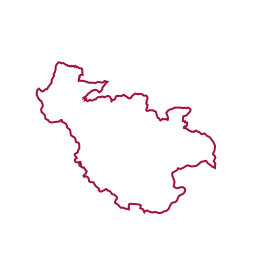 outline of Barzava, Arad, Romania, rotated 241°
{"feature_id": "2599482B44440142335620", "entity_name": "Barzava", "entity_type": "district", "adm_level": 2, "iso_a3": "ROU", "parent_name": "Romania", "parent_adm1": "Arad", "projection": "mercator", "projection_center": [22.115, 46.112], "detail": "fine", "context": "isolated", "style": "outline", "palette": "rose", "viewbox_px": 256, "rotation_deg": 241, "n_neighbors": 0, "source": "geoboundaries", "source_scale": "gbopen_adm2", "svg_char_len": 5847}
<svg xmlns="http://www.w3.org/2000/svg" viewBox="0 0 256 256"><g transform="rotate(241 128 128)"><path d="M112.8,191.0L114.3,191.7L116.8,190.4L116.8,189.1L118.2,187.4L119.0,185.1L119.9,184.6L122.4,180.2L123.3,178.2L123.2,176.1L123.9,173.7L123.9,172.6L123.5,170.5L123.1,170.0L122.9,169.1L122.3,168.7L117.4,168.1L115.8,166.6L115.9,166.4L117.5,165.8L117.7,165.5L117.9,164.0L119.2,162.7L119.3,162.3L119.0,161.6L118.7,160.3L118.8,160.1L119.9,159.8L121.1,159.9L121.7,159.6L122.1,159.1L122.9,158.9L124.1,159.3L125.1,159.3L128.6,160.3L129.1,160.1L130.5,158.8L131.2,158.5L131.8,157.8L133.2,155.2L133.1,154.2L133.6,153.1L133.9,152.8L134.7,152.6L135.5,153.1L136.0,153.6L136.3,154.5L136.5,154.7L137.5,155.0L138.5,156.3L140.0,155.8L140.7,155.9L141.3,156.9L142.3,157.1L142.7,157.4L144.2,159.3L146.0,160.0L147.2,159.8L147.7,159.4L148.4,157.8L149.2,157.1L149.7,157.2L151.6,155.9L152.0,154.6L152.7,153.8L152.7,153.0L154.6,150.9L154.5,149.4L153.7,146.3L152.9,145.1L152.9,144.2L153.6,143.5L153.8,142.8L155.4,142.4L158.0,140.8L158.7,140.7L159.2,139.7L159.0,138.3L159.3,137.4L160.5,135.7L160.8,134.5L161.3,134.3L161.6,133.4L161.3,132.8L159.5,130.4L159.6,129.3L159.9,128.5L159.4,126.6L160.4,126.9L161.0,127.6L162.2,127.2L163.7,127.4L165.6,126.3L165.9,125.4L166.4,122.1L168.1,120.9L168.3,118.6L169.3,117.5L169.5,116.4L169.2,114.8L168.6,113.6L169.2,112.7L169.5,111.7L169.2,110.8L169.4,110.0L170.0,109.0L170.9,108.5L171.1,108.0L170.8,106.1L171.1,106.5L171.1,106.0L171.6,106.0L171.9,105.5L172.0,105.1L172.8,105.0L173.1,104.7L173.2,104.0L174.0,105.2L174.2,104.7L174.4,104.9L174.4,105.2L174.6,105.1L174.9,104.3L175.3,104.4L175.4,104.0L175.6,104.3L175.6,103.7L176.0,103.6L176.1,104.7L175.9,105.4L176.7,108.7L177.1,109.0L177.8,113.5L178.0,113.6L177.8,114.8L178.0,115.9L177.4,116.6L177.3,117.7L177.1,118.3L175.5,119.5L173.7,119.8L173.2,120.4L173.2,121.2L173.5,122.2L173.5,122.6L174.5,124.3L175.6,125.2L176.1,125.9L176.3,126.9L177.3,128.7L177.6,130.0L178.2,131.3L178.4,132.4L180.5,130.2L180.0,129.4L180.0,128.3L180.4,127.1L182.8,124.1L183.3,120.8L184.5,119.6L185.2,118.0L185.9,117.3L186.2,116.1L186.8,115.7L187.3,115.0L188.3,114.5L190.0,112.5L190.8,112.0L191.6,110.3L192.9,108.9L193.1,107.8L194.2,108.5L194.0,108.8L194.3,108.8L194.2,108.6L195.9,109.9L196.1,110.1L196.1,110.4L196.3,110.3L197.2,110.9L197.3,111.3L197.3,111.9L197.4,112.4L197.1,113.3L196.5,114.1L198.9,115.0L200.4,116.0L202.6,116.4L203.7,114.7L204.6,113.9L205.8,113.5L206.4,112.4L207.8,112.2L207.5,110.8L208.8,110.4L209.0,109.4L209.8,108.6L209.7,107.4L210.6,107.1L211.4,105.6L212.7,105.3L213.3,104.3L214.7,103.8L216.3,102.8L216.8,101.2L218.1,100.5L218.2,100.0L218.9,99.6L219.1,99.1L219.0,98.3L217.4,95.1L213.5,92.4L212.7,91.3L211.9,90.7L211.3,89.2L210.2,88.7L209.5,88.7L207.5,85.2L206.7,84.4L205.5,83.7L204.5,82.8L202.4,77.9L201.2,76.2L201.1,75.8L201.9,75.0L201.7,74.1L201.7,73.5L201.2,71.5L201.3,71.1L202.2,70.1L203.2,70.0L205.7,69.1L205.8,68.9L205.3,68.1L205.3,67.1L203.7,66.0L202.7,65.0L201.2,64.2L199.6,64.2L197.3,63.9L195.9,64.5L195.1,64.2L193.5,65.2L189.6,64.7L188.0,63.7L186.9,61.5L186.6,61.1L185.2,60.7L184.0,60.1L182.8,60.7L180.8,61.1L180.4,61.4L178.9,61.2L176.2,60.3L175.8,60.7L174.6,61.2L173.8,61.9L172.7,61.9L171.4,62.4L170.0,63.6L169.4,65.2L169.0,65.9L168.8,66.8L167.1,70.8L167.5,73.4L167.2,73.8L166.8,73.9L165.4,73.3L164.0,74.5L161.6,75.8L159.3,75.7L158.7,75.2L158.2,75.0L157.6,75.1L155.2,76.2L154.2,76.4L152.3,75.6L149.0,74.6L148.3,75.2L146.9,75.8L145.6,76.7L144.1,76.7L141.9,75.9L141.0,75.9L140.4,76.0L140.0,77.0L139.3,77.4L138.2,77.6L136.7,77.1L133.6,75.4L132.6,73.4L131.9,72.7L131.3,72.6L131.0,71.7L130.9,70.9L131.1,69.8L131.0,68.8L130.0,68.2L126.6,68.7L126.3,66.7L125.7,65.8L125.2,65.6L124.7,65.8L123.6,65.6L121.8,68.1L121.7,69.5L121.4,69.9L119.4,69.3L119.5,69.0L119.8,68.9L119.6,68.7L120.4,68.7L119.9,68.7L120.0,68.4L119.6,68.4L120.4,68.2L120.5,68.0L120.0,67.9L119.3,68.4L118.8,67.8L119.0,67.5L118.8,67.4L118.7,67.6L117.7,67.8L117.1,68.2L117.2,68.6L116.5,68.5L115.9,68.8L115.4,69.1L115.2,69.7L114.6,70.4L113.8,70.1L112.8,70.5L111.8,70.4L110.1,70.9L108.6,68.9L107.9,66.0L106.7,65.9L105.8,68.2L103.9,69.1L102.1,68.9L100.5,68.2L99.7,68.3L98.6,69.3L97.6,71.0L96.8,71.6L95.7,71.4L94.2,71.6L93.1,71.5L88.9,73.2L87.8,72.3L86.0,72.8L85.6,73.2L85.5,73.6L85.1,76.6L85.3,79.0L85.1,79.5L82.9,80.1L82.2,81.0L81.3,81.6L77.7,82.1L77.0,83.1L76.6,83.5L74.1,84.6L72.3,84.7L71.6,84.3L71.1,82.7L70.1,81.5L69.8,80.8L68.5,80.4L66.4,81.9L62.0,82.9L61.3,83.8L60.8,85.0L58.3,86.9L57.4,88.9L56.6,88.9L56.4,89.3L57.8,90.2L59.2,90.7L60.6,91.9L60.9,92.4L60.6,93.5L59.1,95.3L58.6,96.6L55.5,100.8L55.0,101.3L54.0,101.6L53.0,100.9L52.0,99.8L49.3,101.9L48.0,101.4L46.4,101.5L47.0,102.4L46.6,104.7L44.0,106.5L42.4,108.3L41.1,111.6L38.8,113.4L37.5,116.5L37.8,118.4L36.9,121.0L37.3,123.6L37.7,124.7L38.8,125.9L40.7,128.7L41.1,130.0L41.0,131.0L40.3,133.4L40.9,135.9L42.4,137.5L43.9,139.7L44.0,140.9L43.7,143.2L43.8,144.5L44.1,145.9L45.1,146.8L45.7,147.7L46.7,148.1L48.2,148.1L49.5,147.4L50.6,145.7L50.9,144.3L51.0,142.9L51.9,141.2L54.1,139.8L55.1,139.8L58.3,142.6L64.8,143.7L66.8,144.5L67.4,145.4L67.3,149.2L67.7,151.5L68.5,152.0L66.6,154.5L66.4,157.1L66.6,161.1L66.5,162.0L63.5,165.0L62.0,168.6L61.8,170.7L62.9,175.6L61.5,180.3L57.7,181.0L55.8,182.1L53.1,183.0L52.3,183.8L50.8,184.7L51.1,185.0L53.0,185.7L54.2,187.0L55.1,187.2L57.4,186.9L59.8,190.1L61.7,190.3L63.4,189.6L64.1,189.8L64.8,190.5L65.7,192.1L68.4,194.3L69.6,195.1L71.0,195.6L73.6,195.9L79.7,195.2L81.7,194.2L83.0,193.1L84.9,192.8L86.1,192.2L86.4,191.9L86.5,190.6L86.9,189.3L89.9,188.3L91.0,187.1L92.6,186.4L93.0,184.8L92.5,184.2L92.6,183.7L93.4,182.8L94.0,181.7L94.7,181.4L96.2,180.2L99.5,178.7L100.6,177.0L101.1,176.9L101.6,177.2L102.0,178.4L101.6,178.9L101.4,179.5L101.7,180.8L104.1,182.4L105.2,180.6L106.2,181.2L107.5,179.3L111.4,181.9L110.7,185.4L110.7,186.1L111.5,187.2L111.9,189.4L112.4,190.1L112.8,191.0Z" fill="none" stroke="#9f1239" stroke-width="2"/></g></svg>